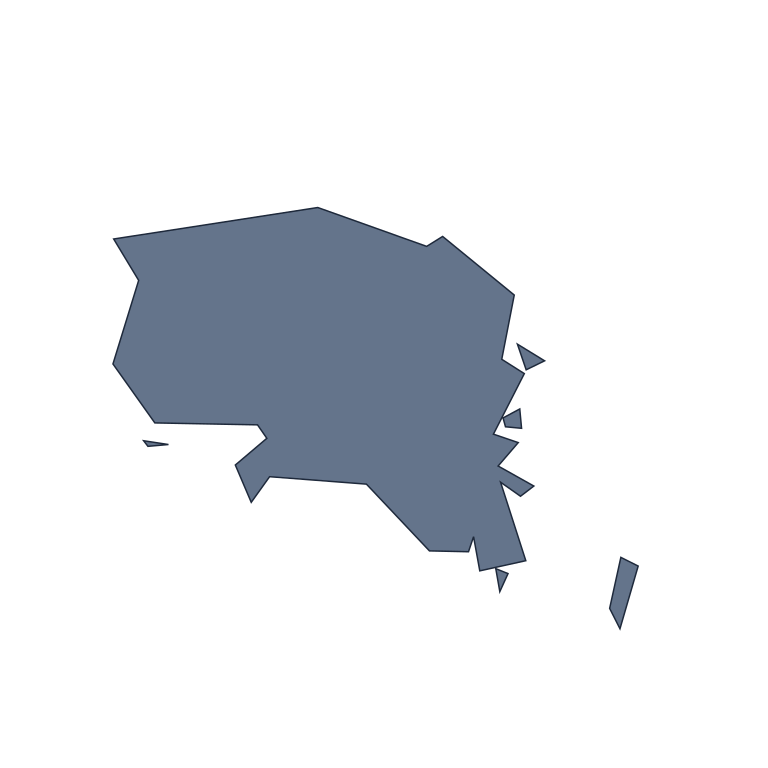 the border of South Korea, rotated 289°
{"feature_id": "KOR", "entity_name": "South Korea", "entity_type": "country or territory", "adm_level": 0, "iso_a3": "KOR", "parent_name": "Asia", "parent_adm1": "", "projection": "mercator", "projection_center": [127.333, 35.912], "detail": "coarse", "context": "isolated", "style": "filled", "palette": "slate", "viewbox_px": 768, "rotation_deg": 289, "n_neighbors": 0, "source": "natural_earth", "source_scale": "50m", "svg_char_len": 775}
<svg xmlns="http://www.w3.org/2000/svg" viewBox="0 0 768 768"><g transform="rotate(289 384 384)"><path d="M272.6,180.0L314.7,121.2L402.1,118.3L433.1,81.2L529.3,263.9L528.0,379.5L542.6,391.4L510.5,478.2L445.7,487.3L439.5,513.3L372.2,503.8L372.3,530.0L343.6,518.6L336.3,558.9L322.3,549.6L329.1,526.2L263.1,575.6L238.5,535.4L268.8,518.4L252.9,518.5L241.0,481.3L283.6,400.0L259.1,306.0L228.9,297.0L259.0,269.8L294.5,290.9L304.2,277.7L272.6,180.0ZM294.6,683.6L229.4,686.8L245.3,670.4L297.2,664.4L294.6,683.6ZM465.1,497.2L458.2,528.3L443.7,513.8L465.1,497.2ZM404.6,520.5L386.9,528.5L383.1,512.8L390.7,507.6L404.6,520.5ZM245.1,563.0L225.4,561.1L245.8,549.8L245.1,563.0ZM252.1,175.2L256.6,199.9L248.2,181.1L252.1,175.2Z" fill="#64748b" stroke="#1e293b" stroke-width="1.5"/></g></svg>